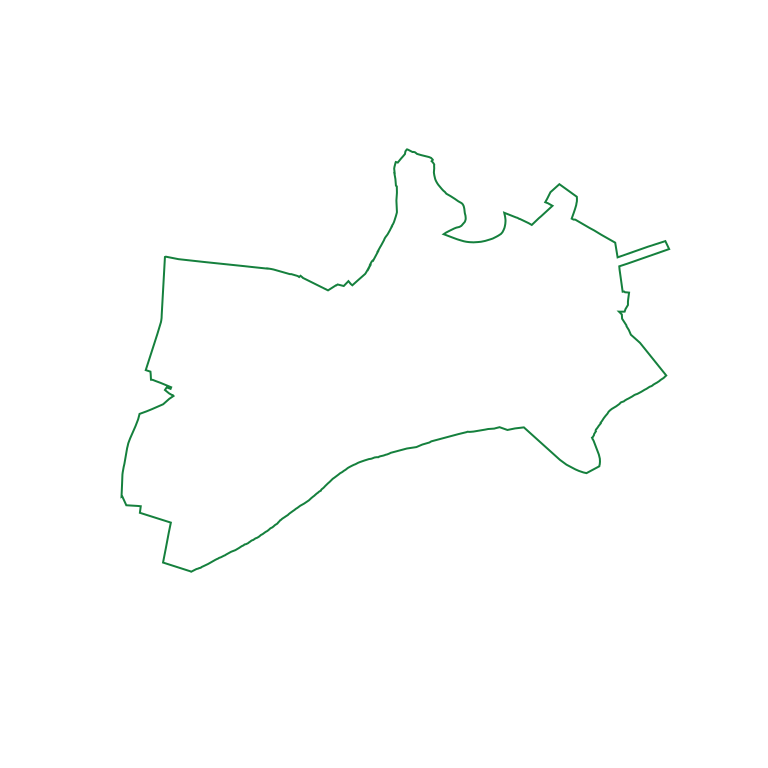 Ventspils, Ventspils, Latvia (Robinson projection), rotated 205°
{"feature_id": "27541924B34686521440656", "entity_name": "Ventspils", "entity_type": "district", "adm_level": 2, "iso_a3": "LVA", "parent_name": "Latvia", "parent_adm1": "Ventspils", "projection": "robinson", "projection_center": [21.593, 57.409], "detail": "fine", "context": "isolated", "style": "outline", "palette": "green", "viewbox_px": 768, "rotation_deg": 205, "n_neighbors": 0, "source": "geoboundaries", "source_scale": "gbopen_adm2", "svg_char_len": 6142}
<svg xmlns="http://www.w3.org/2000/svg" viewBox="0 0 768 768"><g transform="rotate(205 384 384)"><path d="M347.4,590.0L345.0,586.9L343.6,584.7L342.8,583.2L341.7,580.3L341.1,577.9L340.8,576.4L340.7,573.9L340.8,571.6L341.4,569.5L343.0,566.9L344.3,565.1L346.9,561.8L348.8,560.0L352.7,556.5L356.2,553.9L359.1,552.2L362.8,550.2L366.7,548.6L369.5,547.7L372.0,547.1L375.2,546.6L378.8,546.1L382.3,545.8L393.2,545.0L391.7,547.5L389.4,550.5L386.1,554.6L384.5,556.3L382.2,558.1L381.7,558.7L380.7,560.1L379.9,563.0L379.5,564.3L379.3,565.1L379.3,565.7L379.5,567.2L379.7,568.1L380.3,569.3L381.3,571.0L382.8,572.8L383.4,573.7L385.3,576.8L386.3,578.1L387.1,579.0L387.8,579.6L388.9,580.3L390.1,580.7L394.0,581.0L397.8,581.7L403.0,582.4L407.9,582.8L410.0,583.8L411.9,584.3L413.9,585.1L419.0,587.5L420.5,588.4L422.2,589.6L423.3,590.5L424.4,591.6L426.6,594.4L428.2,596.8L429.6,600.6L430.8,602.9L431.2,604.1L432.3,604.9L433.9,605.7L435.0,606.1L434.5,607.4L434.6,607.9L436.9,608.8L439.2,608.7L446.8,607.2L451.3,606.5L453.7,607.1L455.1,606.9L456.2,606.3L458.8,606.4L461.1,606.5L462.3,606.4L462.5,606.0L462.9,603.9L462.3,601.6L462.2,601.1L462.3,600.9L463.0,598.3L463.9,595.3L465.1,590.5L467.1,590.2L467.1,589.7L466.3,585.3L465.8,583.5L463.5,579.7L463.8,579.6L460.3,574.6L457.0,568.8L455.9,568.5L453.1,562.8L450.3,555.5L445.2,545.8L444.8,544.9L444.2,541.4L443.6,536.7L443.4,534.9L443.4,532.2L443.6,531.8L443.6,529.9L443.4,529.9L443.6,527.6L443.6,526.1L444.0,521.0L444.7,517.8L444.9,516.1L444.8,514.3L445.2,507.7L445.3,507.2L445.7,501.5L445.4,501.6L445.9,492.7L446.0,491.1L446.5,491.1L446.9,489.6L447.1,486.1L446.5,486.1L446.7,483.9L446.9,483.9L447.0,482.2L446.7,482.2L446.8,480.4L447.1,480.4L447.4,477.1L447.6,475.8L451.8,466.2L454.4,460.1L456.4,460.6L459.7,462.2L461.9,455.8L468.1,454.6L468.9,453.2L469.2,453.2L474.3,445.2L502.5,445.9L502.7,446.1L505.4,446.8L506.1,445.1L507.8,445.4L514.5,444.4L515.7,443.8L532.5,441.1L535.0,440.5L538.5,439.5L538.4,439.3L554.4,433.8L560.6,431.7L597.9,418.8L623.0,410.3L635.5,407.2L636.2,406.5L614.8,353.0L613.5,349.9L612.8,347.7L612.3,345.8L610.5,333.3L605.8,295.9L600.9,296.5L599.6,294.3L597.0,289.4L595.3,290.0L591.9,290.2L587.0,290.6L575.5,291.1L575.4,289.4L579.5,289.1L580.0,286.0L578.1,285.5L574.9,284.7L571.6,284.4L571.0,284.6L570.6,284.6L569.7,284.2L572.3,279.9L575.6,272.3L583.8,263.0L587.7,258.8L592.9,253.6L591.9,248.1L591.4,240.8L591.1,227.5L590.9,224.6L590.7,222.2L590.1,219.4L589.7,217.3L585.5,201.8L584.9,198.9L583.5,193.6L582.8,191.4L579.6,183.8L574.2,170.8L573.7,171.5L566.3,165.2L555.4,169.5L552.8,170.4L550.8,164.1L518.6,168.3L516.2,158.2L512.3,142.9L508.8,128.8L489.9,131.2L482.7,132.1L480.5,132.4L479.4,132.4L475.8,137.0L474.3,138.3L473.9,138.7L473.7,139.1L472.9,139.6L472.2,140.4L472.0,141.0L470.8,142.4L467.4,146.5L462.5,153.4L461.4,154.8L460.8,155.4L460.1,156.5L459.8,156.9L458.8,157.8L458.3,158.4L456.6,160.6L455.6,161.7L455.1,162.6L451.6,167.4L448.5,170.6L446.1,174.1L444.4,176.9L443.1,178.4L442.7,179.4L442.5,179.7L441.4,180.5L440.0,182.2L439.7,182.7L439.5,183.3L439.0,184.0L438.0,185.9L437.4,186.7L436.7,187.3L436.2,188.1L435.3,189.7L434.8,190.2L434.1,190.9L433.1,192.3L432.6,193.2L432.1,194.3L431.7,195.2L431.1,196.0L430.7,196.4L428.8,199.9L427.6,201.5L426.5,203.8L426.3,204.4L426.1,204.9L425.8,205.4L424.5,207.0L424.4,207.4L423.9,208.2L423.6,209.1L423.2,210.0L422.8,210.7L422.0,211.8L421.8,212.3L421.6,212.6L421.5,212.8L421.5,213.4L420.7,215.6L420.6,216.4L419.9,217.4L419.5,218.5L419.0,219.4L417.8,221.3L417.0,222.7L416.5,223.4L416.2,224.0L415.7,224.7L415.6,225.1L415.2,226.1L414.7,227.1L412.8,230.5L411.9,232.0L411.2,233.5L410.7,234.3L410.2,235.0L408.5,238.2L405.9,241.8L402.9,246.8L401.7,249.8L400.7,251.9L400.3,252.6L399.7,253.8L399.6,254.3L399.1,255.2L398.9,255.9L397.9,257.6L397.6,258.5L397.1,259.4L396.1,260.7L396.2,261.6L396.0,262.2L395.1,264.0L394.7,265.0L394.2,266.6L392.8,270.3L391.9,272.3L390.8,275.3L390.4,276.4L389.4,278.1L386.9,282.8L386.1,284.5L384.6,286.6L383.8,288.2L382.6,290.0L381.3,292.6L380.1,294.3L378.4,296.5L377.1,298.1L376.2,299.0L375.7,299.6L374.2,301.6L372.9,303.0L369.4,306.4L365.9,309.6L364.5,310.5L363.6,311.2L361.5,313.4L359.8,314.5L358.1,315.3L357.7,316.1L357.1,316.7L354.4,318.8L353.4,319.7L352.8,320.4L351.4,321.5L349.7,323.3L348.9,324.4L336.0,335.2L328.0,340.5L323.7,345.3L318.1,350.2L316.9,352.0L295.3,370.1L288.8,375.3L288.2,376.0L286.1,376.8L282.8,378.7L273.2,385.3L270.6,387.2L265.2,390.2L264.3,391.0L261.0,393.7L252.7,394.5L246.5,399.1L238.9,403.8L192.5,389.6L184.5,388.0L174.5,387.5L170.6,387.6L166.0,388.1L162.8,388.8L154.1,400.4L154.1,400.6L154.3,401.0L154.5,402.3L155.4,404.8L156.8,407.5L159.4,410.8L169.9,421.0L171.3,422.1L171.5,422.1L172.8,423.3L172.4,423.8L172.3,424.5L172.1,426.5L172.3,427.0L172.4,427.4L172.1,429.9L171.9,430.5L172.2,430.7L172.5,431.2L172.6,431.6L172.6,432.5L172.3,433.3L171.8,436.0L171.8,436.4L170.9,440.0L171.3,440.3L170.8,442.7L170.4,445.8L169.7,448.9L169.2,450.6L168.9,451.8L168.8,453.3L168.6,454.1L168.0,455.7L167.0,457.7L165.3,460.2L164.2,461.8L162.2,465.4L161.6,467.3L161.0,468.0L159.3,469.6L158.7,470.9L157.4,472.8L156.4,474.0L153.7,477.7L152.5,479.7L151.6,480.8L150.6,481.7L149.9,482.5L147.5,485.7L145.3,489.0L144.1,490.5L142.3,493.4L141.7,494.2L141.2,494.6L141.0,494.8L140.1,496.0L139.9,496.4L139.7,497.1L138.7,498.5L138.4,499.0L138.1,499.4L137.2,500.6L136.3,502.1L135.8,502.9L135.5,503.5L135.2,504.3L134.4,505.6L133.4,507.2L133.1,507.7L132.3,509.8L131.8,511.0L169.4,529.5L181.1,533.0L184.9,536.4L188.6,538.8L189.1,539.6L195.8,543.8L197.8,547.5L201.6,548.9L197.6,550.7L196.5,551.3L196.8,554.0L196.3,558.7L197.7,561.7L198.5,564.0L200.5,570.4L202.8,569.6L204.3,569.0L205.4,569.3L206.7,568.5L218.9,587.3L220.5,590.1L214.5,595.7L182.6,626.8L189.4,632.4L202.9,619.9L225.8,597.5L234.2,609.8L250.3,611.1L258.4,612.0L263.6,612.3L280.1,613.8L281.8,613.1L283.8,613.2L284.4,619.6L284.8,623.2L285.4,627.3L286.0,629.4L286.3,630.8L286.6,631.6L287.5,633.6L288.4,635.2L293.3,636.1L295.3,636.5L309.5,639.2L314.2,628.2L314.4,620.8L314.7,616.9L311.8,617.1L306.6,616.7L312.5,602.4L313.7,599.8L317.3,590.6L320.9,590.9L329.9,591.0L330.8,591.0L331.1,590.8L333.3,591.0L334.4,590.8L347.4,590.0Z" fill="none" stroke="#15803d" stroke-width="2"/></g></svg>